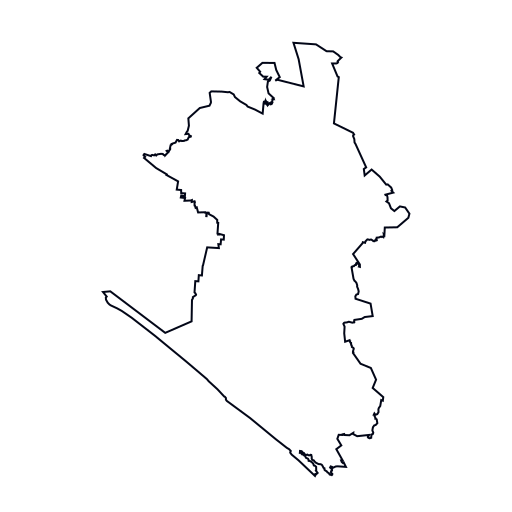 Culiacán, Sinaloa, Mexico (Mercator projection), rotated 4°
{"feature_id": "50627088B68322081472397", "entity_name": "Culiacán", "entity_type": "district", "adm_level": 2, "iso_a3": "MEX", "parent_name": "Mexico", "parent_adm1": "Sinaloa", "projection": "mercator", "projection_center": [-107.227, 24.655], "detail": "fine", "context": "isolated", "style": "outline", "palette": "ink", "viewbox_px": 512, "rotation_deg": 4, "n_neighbors": 0, "source": "geoboundaries", "source_scale": "gbopen_adm2", "svg_char_len": 6080}
<svg xmlns="http://www.w3.org/2000/svg" viewBox="0 0 512 512"><g transform="rotate(4 256 256)"><path d="M318.7,46.5L312.1,46.8L301.1,40.7L278.5,40.7L284.8,56.7L291.7,83.5L265.2,78.7L263.0,79.7L267.2,75.9L263.2,69.0L261.0,62.1L248.9,62.9L243.6,68.2L247.3,71.9L246.5,73.2L250.7,76.6L254.1,76.4L252.2,79.0L256.3,79.3L258.9,76.2L257.5,80.0L255.7,81.2L255.3,86.6L257.2,92.9L262.6,97.2L262.0,97.8L262.4,97.8L262.7,98.3L262.0,98.3L261.3,100.4L261.4,101.2L261.7,101.5L261.6,101.8L261.3,101.4L260.4,101.6L260.3,102.4L260.7,102.6L260.7,103.4L260.4,103.5L260.4,102.9L259.7,102.4L258.4,102.6L258.9,103.1L258.0,103.0L258.0,103.9L257.2,104.8L256.6,102.7L256.1,103.4L255.9,102.8L256.2,101.9L255.1,102.2L255.6,101.5L255.2,100.9L254.9,101.8L254.6,100.9L254.4,101.9L253.9,101.2L253.2,101.5L253.7,103.3L252.9,103.2L252.7,113.5L244.8,110.0L237.2,107.5L235.9,106.0L229.4,102.8L223.9,98.9L222.5,96.4L218.2,94.2L216.6,94.6L210.3,94.4L199.9,94.9L198.4,96.5L200.3,105.3L200.3,106.3L199.1,109.3L189.6,112.3L178.9,123.4L180.0,130.7L179.1,135.9L178.4,136.8L177.3,139.3L180.1,138.8L181.0,140.3L182.7,141.0L182.6,141.5L180.6,142.2L179.7,144.6L178.3,145.4L176.8,145.7L176.2,146.2L173.9,146.5L173.0,146.1L171.3,147.0L170.3,145.7L169.1,145.7L167.8,148.5L164.8,149.7L164.6,150.2L163.9,150.2L163.8,151.0L163.1,151.4L162.6,154.9L162.9,155.0L162.9,155.7L162.2,156.6L161.6,158.1L160.1,157.1L159.6,157.4L161.1,158.7L158.4,162.0L158.3,161.6L157.8,162.0L156.8,161.6L155.9,160.7L154.1,160.7L150.5,161.5L149.4,162.7L148.3,161.7L147.4,162.7L145.4,162.4L144.7,162.7L144.3,163.7L137.5,162.0L136.9,162.8L136.8,163.4L138.5,164.8L137.5,166.0L150.2,175.2L161.3,180.8L161.0,181.4L173.1,187.0L172.3,195.3L176.7,195.4L177.0,198.5L180.9,198.5L180.9,201.3L177.2,200.9L176.9,202.9L181.2,203.1L180.8,205.9L187.0,205.2L188.1,204.7L188.1,206.6L190.9,205.7L191.3,206.6L191.0,207.9L191.2,209.9L191.6,210.0L192.4,212.2L193.5,211.6L195.2,216.6L202.3,215.9L202.4,216.4L203.6,216.3L203.6,219.7L203.9,219.7L203.9,216.8L205.1,216.7L205.1,216.1L205.8,216.1L206.3,217.6L210.9,219.6L214.8,222.7L215.0,225.5L216.0,225.6L216.0,236.3L216.9,236.5L216.8,237.2L218.1,237.1L218.2,236.6L222.6,237.5L222.7,241.9L220.0,241.9L219.9,246.8L217.6,246.8L218.4,250.7L206.7,250.8L203.8,269.0L203.5,269.6L203.4,279.2L200.3,279.1L200.3,285.3L197.2,285.3L197.2,296.6L198.1,297.4L198.9,298.7L198.7,299.3L195.9,301.4L196.0,302.7L195.2,304.3L196.3,325.7L170.8,339.0L113.1,301.4L105.9,302.6L109.9,306.9L109.1,307.9L109.4,310.0L111.3,312.9L113.2,314.6L114.6,315.4L121.1,317.9L125.8,320.1L136.2,326.2L160.7,342.6L194.5,366.7L215.7,382.3L217.5,384.2L226.7,391.5L234.1,398.4L234.8,398.6L235.9,399.8L236.0,401.4L237.0,402.6L261.3,418.0L288.7,437.5L300.1,445.2L302.5,446.4L304.3,448.1L303.8,449.4L304.0,450.0L305.5,451.7L312.6,456.8L330.2,471.3L330.8,469.8L330.0,469.6L330.8,469.2L331.4,469.4L332.6,468.1L330.5,465.7L330.4,465.4L330.7,465.8L331.0,465.6L330.7,462.1L329.4,461.1L328.3,460.9L327.6,459.2L326.0,457.7L323.9,456.7L322.8,456.7L322.5,455.3L322.0,454.6L319.9,453.8L318.9,452.0L318.0,451.7L317.0,450.8L315.8,450.7L314.2,449.0L313.5,449.2L313.5,447.4L315.1,447.5L316.9,449.2L317.6,449.3L317.7,449.8L319.4,450.9L319.9,451.0L321.1,450.5L322.1,451.1L323.5,451.1L324.2,450.5L325.0,450.6L325.6,452.5L325.7,454.2L326.2,455.3L328.1,456.0L328.5,456.7L330.1,458.0L332.9,459.2L335.0,459.2L336.0,459.6L336.6,460.1L338.2,462.7L339.1,463.0L339.2,464.4L339.8,465.0L341.6,465.9L342.4,466.9L343.7,467.4L344.6,468.7L345.3,469.1L345.9,468.8L347.6,469.6L347.3,469.2L347.3,467.9L346.1,467.1L345.9,466.5L345.9,465.5L346.8,464.8L346.8,464.6L346.4,464.6L346.6,463.2L344.7,461.9L345.2,460.7L346.7,461.1L347.7,461.8L350.2,460.4L352.0,460.1L360.4,460.1L358.0,456.0L357.2,456.5L355.9,455.5L355.2,454.0L356.7,453.9L349.6,443.1L354.3,439.0L349.9,432.7L351.0,428.6L354.8,428.5L354.7,427.9L356.4,427.4L356.9,428.4L361.7,428.3L365.4,425.6L365.4,426.9L369.5,428.7L381.3,426.6L380.9,427.7L380.2,428.3L380.2,428.9L380.8,429.5L382.1,429.9L383.6,429.3L383.6,426.4L384.0,425.8L384.7,425.7L385.1,425.2L385.3,424.0L384.3,422.0L384.3,421.3L384.6,418.7L385.7,416.8L387.2,416.2L388.7,414.3L387.8,410.6L386.7,409.9L386.4,409.9L386.5,409.3L385.4,407.4L385.4,406.7L385.1,406.1L384.6,406.1L385.1,404.8L386.2,406.1L388.0,405.3L389.1,403.2L388.8,400.3L389.2,398.9L390.4,397.0L391.0,391.0L392.6,391.5L392.8,387.9L381.6,379.5L384.4,371.0L378.4,359.7L367.8,356.2L359.6,346.1L359.9,345.6L359.4,345.1L359.4,344.5L359.6,344.3L359.5,343.8L360.0,341.7L359.6,340.9L358.0,340.1L357.7,338.5L357.1,338.0L356.9,336.1L356.4,336.0L355.7,335.0L355.8,334.4L355.2,334.2L355.1,333.5L350.9,335.3L349.4,327.0L349.3,320.3L347.9,317.6L348.4,316.7L348.9,316.3L351.3,315.9L353.2,315.1L356.8,315.8L357.9,315.4L358.4,315.5L358.7,315.2L358.4,313.9L358.6,312.9L365.9,311.3L368.7,309.3L376.6,307.8L373.6,295.5L358.3,291.7L357.9,289.3L358.8,287.5L360.5,286.8L360.9,284.1L360.1,281.7L359.0,279.5L359.0,278.2L358.1,275.9L356.8,274.4L356.0,273.9L354.9,272.0L352.1,260.7L352.5,260.6L352.5,259.9L353.0,259.6L354.4,259.3L355.0,258.3L356.3,258.0L356.4,257.3L357.2,256.7L357.5,256.1L357.4,256.0L357.2,256.5L356.8,256.7L356.4,256.6L356.5,256.2L357.4,255.5L358.7,256.4L359.8,258.8L359.5,259.4L360.4,259.6L360.2,257.2L352.7,247.3L361.4,235.8L361.6,234.8L363.9,235.2L364.1,233.9L365.8,231.8L366.2,231.6L368.2,232.0L369.6,231.5L371.4,232.4L372.0,233.0L373.2,233.0L373.7,232.1L374.5,232.3L375.4,231.9L375.3,231.4L374.6,230.7L375.1,230.0L375.1,229.3L377.4,228.9L379.4,227.9L380.3,228.3L381.3,227.7L381.9,228.2L382.0,227.8L381.6,227.6L382.2,226.5L382.0,225.7L382.6,226.2L382.5,218.6L394.9,217.5L405.3,207.3L406.1,203.1L401.4,197.2L396.1,196.5L390.9,201.5L387.3,199.0L385.0,194.1L382.3,192.5L383.4,191.4L383.1,188.4L382.4,186.0L381.0,186.2L380.8,185.8L388.5,183.2L386.6,181.5L387.3,180.8L386.1,178.3L382.4,175.4L380.9,175.7L373.9,168.2L365.3,161.7L358.8,168.1L357.5,161.7L359.7,159.9L347.4,137.2L346.4,135.9L345.9,132.5L344.5,129.7L344.5,128.8L345.4,128.0L344.2,126.3L324.5,118.3L326.1,71.8L324.8,71.2L318.5,58.6L322.8,58.3L323.8,57.8L324.3,56.9L323.8,56.3L323.9,55.9L327.3,52.1L326.4,51.8L324.0,49.7L318.7,46.5Z" fill="none" stroke="#020617" stroke-width="2"/></g></svg>